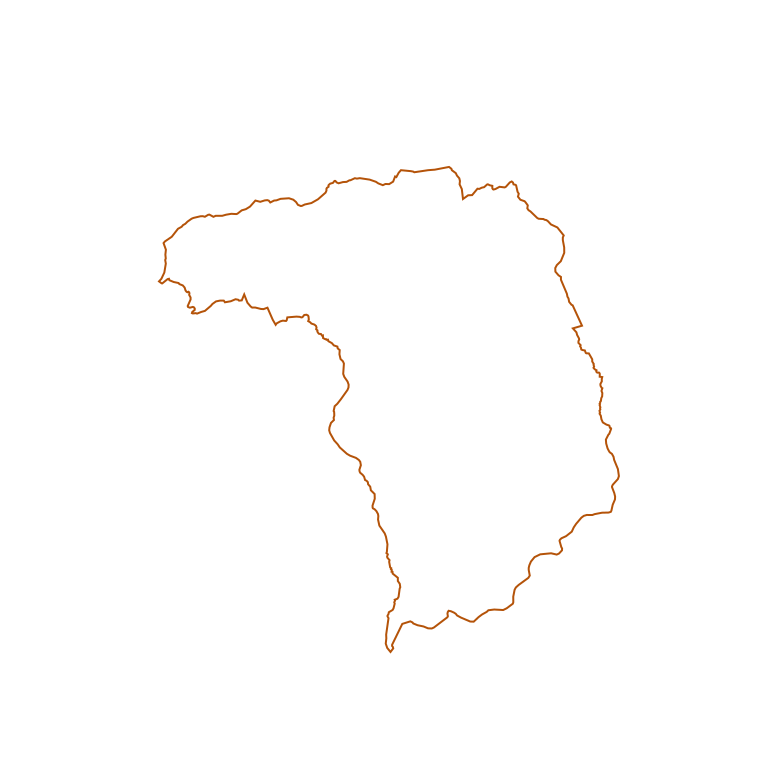 Belén, Boyacá, Colombia (Mercator projection), rotated 206°
{"feature_id": "7082276B18043076208470", "entity_name": "Belén", "entity_type": "district", "adm_level": 2, "iso_a3": "COL", "parent_name": "Colombia", "parent_adm1": "Boyacá", "projection": "mercator", "projection_center": [-72.876, 6.017], "detail": "fine", "context": "isolated", "style": "outline", "palette": "amber", "viewbox_px": 768, "rotation_deg": 206, "n_neighbors": 0, "source": "geoboundaries", "source_scale": "gbopen_adm2", "svg_char_len": 6154}
<svg xmlns="http://www.w3.org/2000/svg" viewBox="0 0 768 768"><g transform="rotate(206 384 384)"><path d="M582.9,365.3L579.9,368.6L577.0,371.2L573.9,378.3L573.3,380.7L571.2,384.6L567.9,387.1L565.1,388.5L564.5,388.7L562.8,387.7L558.0,391.2L554.6,395.1L552.0,395.8L550.8,395.4L548.5,396.8L548.9,403.2L542.4,397.2L537.8,395.2L536.0,394.9L533.2,396.3L527.5,397.5L525.1,398.5L522.2,401.5L512.2,393.0L507.3,389.7L507.0,391.5L504.6,394.9L502.7,396.6L499.7,397.7L499.4,398.6L500.1,401.5L492.2,406.2L489.2,407.4L487.5,407.6L486.6,408.3L485.9,411.1L484.0,412.3L482.2,412.2L481.4,411.5L479.9,409.1L479.7,407.3L477.3,407.1L475.8,406.5L472.6,406.9L470.6,406.4L469.4,405.2L469.0,403.5L467.3,403.0L466.9,401.9L465.3,400.9L464.4,400.6L462.6,401.3L460.9,400.3L460.2,400.9L458.9,398.6L456.8,398.5L455.6,398.9L455.1,398.5L453.8,399.3L452.8,398.1L448.8,397.9L446.0,396.7L442.3,397.2L441.2,395.7L438.7,395.1L437.1,391.2L434.0,387.4L430.9,386.4L429.0,384.8L425.1,375.2L422.8,373.0L417.8,370.2L415.5,367.9L414.4,365.3L414.2,362.7L416.1,351.3L417.3,345.7L418.6,342.4L417.4,337.6L416.7,337.2L415.7,335.5L414.8,333.7L414.5,331.6L413.2,329.7L414.6,325.8L414.0,321.2L413.0,318.4L411.1,316.3L404.0,311.4L399.2,309.5L395.9,307.6L386.8,305.0L383.1,304.7L376.8,305.3L373.3,304.7L371.3,303.7L369.2,300.9L368.5,296.0L367.5,294.6L366.5,293.8L363.4,293.0L361.3,292.0L358.9,289.4L357.3,289.4L355.5,288.7L354.3,286.9L351.4,285.7L349.2,282.7L344.2,281.0L342.0,276.8L341.0,269.7L340.1,268.0L339.5,267.4L337.5,267.3L335.1,266.4L332.4,264.5L331.2,262.8L329.9,259.5L326.1,254.7L317.8,250.0L315.3,247.6L310.6,241.4L307.8,234.3L307.7,233.1L305.9,232.6L305.6,230.3L304.9,229.4L301.8,228.1L301.4,226.4L298.0,221.8L296.7,221.6L296.6,220.6L295.5,220.3L294.9,218.6L294.0,218.9L293.1,217.4L286.6,215.9L285.2,213.0L282.2,211.3L280.3,208.5L280.2,206.9L277.6,199.1L277.8,196.9L279.8,194.8L279.1,194.1L279.1,192.3L278.1,191.3L277.1,186.5L277.2,184.7L279.6,181.0L279.1,179.0L279.3,177.4L279.0,176.7L277.3,175.5L272.2,159.7L270.4,156.4L268.6,151.4L265.4,148.2L260.7,146.0L259.8,150.4L260.7,151.5L261.9,152.1L262.4,153.2L262.4,176.4L256.3,182.2L253.9,182.2L252.7,181.6L248.1,181.9L242.2,183.4L237.3,183.7L233.9,185.2L232.4,187.0L224.8,202.1L224.8,203.3L226.3,205.4L226.7,207.0L226.5,208.5L224.3,209.1L220.8,209.2L218.7,208.9L216.9,208.0L212.4,207.8L202.4,208.3L199.2,209.7L196.8,216.0L194.8,219.9L191.8,224.2L191.0,226.4L186.1,229.6L177.8,233.1L175.4,236.2L171.9,243.0L172.1,244.5L174.6,249.5L176.4,256.3L176.3,258.9L174.9,262.4L169.3,273.0L169.0,275.7L172.4,280.3L173.3,282.1L173.9,284.8L174.1,288.8L172.8,294.4L168.9,299.4L159.6,305.1L154.0,306.4L152.4,308.3L151.1,312.5L151.8,314.2L153.2,315.2L157.5,320.0L157.6,321.1L156.9,323.1L153.7,327.0L150.5,333.6L150.6,338.3L150.0,342.6L148.0,350.4L146.6,353.1L144.3,355.2L139.3,357.6L137.6,359.4L131.6,363.9L125.8,366.9L124.1,368.5L124.1,369.9L125.5,375.7L125.8,381.5L126.9,384.1L129.2,386.9L133.9,391.3L134.2,392.0L134.2,393.8L132.1,401.1L132.5,404.2L136.5,410.1L143.9,416.7L145.8,419.2L148.5,421.1L151.2,421.6L152.5,422.4L154.8,424.1L158.2,427.9L160.2,431.3L160.1,436.9L159.7,437.9L160.2,443.3L160.8,443.8L161.8,443.7L163.0,445.2L163.6,445.4L166.3,445.0L170.5,445.4L173.1,447.6L175.3,450.6L177.1,451.7L177.4,452.3L177.2,452.9L178.6,454.4L178.4,455.9L179.3,457.1L179.3,457.9L180.9,459.5L180.8,460.0L181.6,460.9L181.4,461.7L181.9,462.9L181.6,463.8L182.5,466.5L182.5,468.5L183.8,471.6L185.5,473.1L185.9,475.9L186.6,475.9L188.6,477.3L189.5,478.8L189.4,481.9L190.5,484.0L190.9,485.9L193.3,485.1L194.5,487.7L195.2,488.3L195.8,488.5L197.3,487.7L198.2,487.9L198.9,488.6L199.0,489.5L201.0,489.6L202.8,490.4L202.8,491.8L204.1,493.1L204.2,493.9L206.7,495.5L207.7,497.5L213.3,501.3L215.6,500.3L216.3,500.4L218.2,502.2L220.6,501.5L221.8,501.5L222.9,503.0L224.3,503.9L224.3,505.1L227.3,506.2L228.0,507.8L228.1,509.6L228.8,510.5L232.0,512.8L233.7,514.8L238.6,516.8L231.6,523.2L248.9,537.4L250.2,537.4L253.6,539.0L255.7,541.8L257.4,542.9L259.2,545.3L270.7,555.3L271.9,557.8L274.8,558.2L279.2,560.1L280.9,563.3L280.8,566.6L278.9,571.9L279.5,580.9L281.9,585.7L286.4,591.8L287.5,594.1L287.6,596.3L296.8,600.7L303.9,600.6L308.0,602.2L309.9,602.5L311.9,602.0L312.9,602.2L317.5,600.3L319.1,600.4L328.0,603.3L330.3,603.6L332.2,604.7L333.1,607.6L336.7,609.5L337.8,609.9L342.2,609.4L345.7,611.1L346.3,614.1L348.2,615.3L352.3,620.4L353.0,620.7L355.1,620.2L356.4,621.6L358.0,622.0L359.3,620.3L360.9,614.7L361.7,613.6L366.6,611.9L369.3,608.1L370.8,606.8L371.5,606.8L372.5,607.5L373.5,609.6L375.9,609.0L378.2,609.0L378.8,608.5L380.3,604.8L382.2,603.3L383.9,601.1L385.6,600.5L387.6,592.4L391.1,590.5L394.1,584.9L399.5,593.3L403.6,596.6L404.7,599.7L406.5,601.9L409.8,603.3L411.9,605.0L416.7,605.9L417.8,607.0L420.7,607.6L432.3,598.9L438.1,595.5L449.6,587.6L450.9,587.7L453.1,587.1L462.5,583.6L463.4,580.3L463.6,575.4L465.0,575.4L464.5,569.9L467.0,565.9L470.4,564.4L472.2,562.2L477.1,561.8L479.9,562.2L486.5,561.4L496.0,558.4L498.4,556.7L500.4,556.2L503.5,552.4L504.4,551.9L506.2,549.3L509.4,547.5L512.8,544.5L514.9,544.4L516.7,545.2L517.5,544.8L518.1,542.3L520.2,540.5L520.9,538.8L521.0,538.2L520.3,537.0L521.3,535.2L521.3,534.2L520.5,532.6L520.4,530.4L524.3,521.1L528.6,514.8L533.9,510.6L535.9,508.1L536.8,507.5L539.9,507.3L542.8,509.0L546.3,509.9L550.8,509.3L558.1,505.1L561.2,501.9L563.2,500.7L565.8,497.3L567.9,498.3L569.5,498.1L571.7,496.7L575.1,493.5L580.0,492.5L582.2,484.7L584.8,480.6L588.0,477.7L590.4,472.8L591.2,472.0L595.9,470.0L600.2,466.9L603.1,464.3L609.0,461.4L610.6,459.5L615.2,459.7L616.2,459.0L618.3,455.8L620.4,455.4L622.5,454.3L628.1,449.7L629.4,448.2L631.8,443.8L632.8,440.9L634.3,438.7L634.8,436.6L637.2,433.2L639.3,423.3L643.4,416.1L643.9,414.0L638.9,409.1L637.2,404.4L635.2,401.2L635.0,399.5L632.9,396.6L630.3,387.9L630.2,381.0L631.2,377.6L628.0,377.0L627.4,377.2L624.5,383.4L623.4,384.3L622.4,383.2L617.7,383.5L612.9,384.7L611.7,384.1L608.1,384.4L605.5,383.3L603.3,381.0L601.8,380.3L600.9,380.3L600.2,381.2L599.3,381.0L598.6,380.2L598.2,378.7L595.8,377.0L594.9,375.2L594.6,368.0L593.8,367.3L591.9,367.5L589.6,369.5L588.5,369.6L587.2,368.9L586.6,367.6L587.9,364.7L587.7,363.5L586.7,363.6L584.2,365.2L582.9,365.3Z" fill="none" stroke="#b45309" stroke-width="2"/></g></svg>